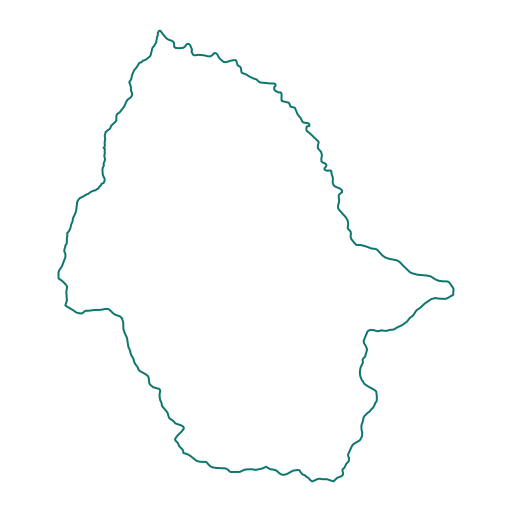 the district of Gama, Cundinamarca, Colombia
{"feature_id": "7082276B33620598114960", "entity_name": "Gama", "entity_type": "district", "adm_level": 2, "iso_a3": "COL", "parent_name": "Colombia", "parent_adm1": "Cundinamarca", "projection": "albers", "projection_center": [-73.601, 4.727], "detail": "fine", "context": "isolated", "style": "outline", "palette": "teal", "viewbox_px": 512, "rotation_deg": 0, "n_neighbors": 0, "source": "geoboundaries", "source_scale": "gbopen_adm2", "svg_char_len": 5970}
<svg xmlns="http://www.w3.org/2000/svg" viewBox="0 0 512 512"><path d="M183.5,453.0L187.4,454.2L190.1,455.7L195.3,459.9L196.9,460.9L199.8,461.8L205.7,461.9L206.4,462.2L210.1,466.1L212.1,467.2L215.8,467.9L225.2,468.4L226.9,469.0L228.5,470.2L229.7,471.5L230.9,472.0L239.8,471.9L244.3,469.8L246.4,469.4L252.1,469.2L254.0,469.7L256.2,469.8L262.0,468.6L266.1,466.8L270.2,469.2L273.4,469.6L275.8,470.3L276.7,470.8L279.5,473.4L281.3,474.4L283.4,474.9L286.8,474.1L291.8,471.3L293.4,470.6L297.6,470.0L299.2,470.2L299.7,470.6L300.8,472.5L302.4,474.3L303.6,474.9L304.9,475.2L305.7,476.3L308.3,477.8L310.3,480.1L311.7,481.2L312.9,481.3L317.4,479.1L319.7,478.7L322.2,479.2L327.0,479.2L332.5,481.1L333.9,481.2L335.0,479.9L337.3,477.8L341.5,476.2L342.8,474.9L343.0,473.0L342.4,470.7L342.7,469.3L344.4,467.7L346.4,463.7L348.6,461.4L348.9,460.6L349.1,458.4L348.2,455.9L348.1,454.5L351.7,446.5L352.3,445.5L353.6,444.0L359.5,440.5L360.4,439.4L362.1,436.1L362.2,432.7L361.5,429.3L361.4,425.9L361.8,424.1L362.6,422.1L363.6,417.6L364.6,415.9L366.9,413.5L369.8,411.3L370.8,409.8L373.0,407.7L374.6,404.9L375.1,403.1L376.3,401.8L376.7,400.8L376.9,396.8L376.3,391.8L375.7,390.9L374.2,389.8L367.4,386.0L364.3,383.8L361.6,379.5L360.3,376.2L360.0,374.4L359.9,371.5L360.4,368.4L360.8,366.9L362.9,362.8L362.6,359.8L363.2,358.5L364.9,357.0L366.9,350.4L366.9,348.7L365.6,345.7L363.9,342.9L363.7,340.8L367.3,331.9L368.5,330.6L370.6,329.9L372.9,330.0L376.9,331.1L378.3,331.1L379.8,330.9L381.0,330.3L384.2,330.8L386.8,330.8L389.8,329.9L393.4,329.6L394.6,329.1L396.5,327.8L402.5,324.9L406.7,321.8L407.4,321.1L409.6,318.1L413.0,315.6L416.5,310.3L420.2,307.8L424.9,303.4L428.8,300.7L431.5,299.0L434.7,298.2L435.6,298.1L438.9,298.6L443.0,298.8L445.0,298.9L447.0,298.4L453.2,294.8L453.3,291.5L453.6,289.2L452.8,287.5L450.4,284.0L448.8,282.1L448.1,281.7L446.8,281.4L442.6,281.3L438.8,280.8L435.3,279.4L431.1,276.6L429.6,276.1L426.6,275.5L417.4,274.7L412.3,273.3L409.8,272.1L402.3,264.8L400.4,262.7L398.6,261.2L396.0,260.1L389.4,258.9L385.3,257.5L382.3,255.4L377.6,250.1L376.4,249.3L374.7,248.8L371.5,248.5L366.2,246.5L360.7,245.0L356.3,244.9L354.1,242.6L351.5,239.3L350.8,237.6L350.6,236.2L350.9,234.3L350.7,232.0L349.9,230.6L348.5,229.4L347.7,228.0L348.2,223.7L347.6,220.4L345.8,217.3L339.0,209.7L338.1,208.0L338.0,205.9L339.2,201.1L338.7,196.5L338.8,195.1L339.6,194.1L341.8,192.4L342.1,192.0L341.9,190.3L341.1,189.4L339.6,188.4L334.6,186.3L333.4,184.8L332.7,182.5L332.9,177.9L331.6,174.0L331.3,171.3L330.9,170.7L330.0,170.5L327.1,170.7L325.2,170.0L324.6,169.4L324.4,168.8L324.7,168.1L326.2,166.2L326.4,165.4L326.3,164.8L325.2,163.6L324.4,163.0L323.0,162.7L321.5,161.5L321.3,159.1L321.9,155.4L321.5,153.1L320.8,151.5L318.2,148.7L317.8,147.5L317.8,145.9L318.6,142.7L318.5,141.7L310.4,133.8L306.8,130.9L306.3,129.1L306.7,126.9L306.9,126.5L309.3,125.9L309.4,124.7L309.1,124.1L308.2,123.2L303.8,122.6L302.4,121.7L300.7,118.2L297.6,114.4L295.0,108.1L294.1,107.5L290.6,106.7L289.2,103.4L288.6,102.7L281.8,101.0L281.5,99.6L281.6,94.5L281.1,92.8L280.3,92.3L278.8,92.6L276.7,91.4L275.4,91.0L274.3,89.4L274.1,88.4L274.3,87.2L275.6,85.5L275.4,84.3L275.0,83.9L273.8,83.5L268.5,83.4L265.9,82.9L264.6,83.0L263.8,82.7L262.4,82.8L259.8,82.3L258.8,81.7L256.5,79.4L253.8,78.6L248.8,76.2L245.9,74.3L241.9,72.9L241.4,71.8L241.0,68.5L240.6,67.5L239.8,66.6L237.5,65.1L236.4,61.2L236.1,60.6L235.3,60.0L231.1,60.6L225.9,62.2L223.7,62.0L219.8,58.7L218.6,57.0L217.2,54.2L216.5,53.6L215.1,53.1L214.1,53.1L212.2,55.3L210.3,56.3L207.8,56.3L204.1,55.3L199.4,54.9L197.6,54.9L195.6,55.3L194.3,55.2L193.2,54.8L192.8,54.3L191.5,51.4L192.0,50.1L191.9,49.3L190.0,45.0L188.8,44.0L188.0,43.9L186.7,44.2L184.9,46.6L184.1,47.3L182.8,47.9L179.1,48.2L175.8,48.0L174.4,47.0L174.2,46.5L174.0,43.0L173.5,41.9L171.6,40.7L168.5,39.7L166.3,38.2L162.8,34.1L160.6,31.0L159.9,30.7L158.8,31.1L157.7,33.3L157.9,35.0L157.1,36.9L156.1,42.5L154.0,46.2L152.8,47.3L152.3,48.4L150.7,55.0L150.0,56.4L145.8,59.7L143.0,60.7L141.1,62.4L139.4,62.8L136.3,67.8L134.2,70.1L132.0,75.2L131.3,79.0L129.3,82.1L131.0,87.4L130.9,90.3L132.0,93.1L132.1,94.7L131.5,96.3L130.7,97.4L127.5,99.8L126.4,101.6L124.0,106.8L119.6,112.4L117.5,113.8L116.8,114.7L116.4,116.0L116.3,120.5L115.0,122.2L111.4,125.5L110.1,128.4L109.5,129.1L107.9,130.1L105.5,132.3L105.4,133.4L104.7,135.6L105.2,139.0L104.6,142.7L104.9,145.6L104.7,146.4L103.7,147.7L103.8,148.1L104.7,148.7L104.9,149.2L104.6,150.9L104.8,153.3L104.3,156.0L105.1,159.5L103.6,163.7L103.8,165.6L102.7,168.1L102.4,170.1L102.8,174.6L103.7,177.0L104.6,178.6L104.7,179.8L104.5,180.8L103.8,182.7L103.1,183.2L101.5,183.9L101.1,184.4L100.9,185.4L99.1,187.0L98.2,188.7L96.6,189.3L95.6,190.3L93.7,190.6L91.1,191.7L88.3,193.8L85.5,194.9L84.3,195.9L80.2,197.9L78.7,199.3L77.2,201.9L76.1,210.9L75.2,213.6L73.2,217.7L72.4,221.8L71.2,224.4L70.3,228.6L69.0,231.1L67.2,233.2L67.3,235.8L66.9,238.5L66.8,242.7L66.7,243.5L65.3,245.6L65.3,246.9L64.6,248.7L64.3,250.8L64.3,251.5L65.5,254.0L65.3,257.4L62.3,265.3L61.4,267.1L59.3,270.1L58.6,272.1L58.4,274.2L58.6,278.1L58.6,278.5L61.9,280.7L65.1,283.7L67.0,286.4L66.9,288.5L66.3,291.9L66.9,300.5L65.4,305.2L66.0,306.0L73.6,310.5L75.7,312.1L77.1,312.7L79.8,313.4L82.4,313.3L84.6,311.3L86.0,310.7L88.0,310.8L94.4,310.0L99.6,309.9L102.3,309.6L104.7,309.0L107.2,308.9L109.3,309.5L112.8,313.0L115.2,314.7L120.0,316.4L122.1,318.5L122.6,320.6L123.2,322.2L123.4,329.1L124.7,332.9L127.0,338.0L128.3,346.7L130.0,350.5L131.0,354.8L133.4,358.7L134.5,362.8L135.3,364.1L137.7,367.3L138.6,369.9L140.3,371.3L145.8,374.3L148.0,376.2L148.8,378.2L149.1,382.2L149.5,383.6L150.2,384.8L153.1,387.1L154.2,387.6L159.0,388.8L159.9,389.7L160.2,391.6L159.6,393.7L159.6,396.3L160.1,399.9L161.5,402.8L162.0,406.0L166.8,411.7L167.6,413.0L168.8,417.1L169.4,418.2L170.4,419.1L171.9,419.9L173.0,420.7L175.4,423.4L181.2,425.4L183.0,426.5L183.6,427.3L183.8,428.6L183.5,429.2L181.2,432.0L177.6,435.4L175.4,438.4L175.1,439.5L175.5,440.7L177.7,442.8L179.3,446.3L182.6,449.7L183.2,451.1L183.5,453.0Z" fill="none" stroke="#0f766e" stroke-width="2"/></svg>